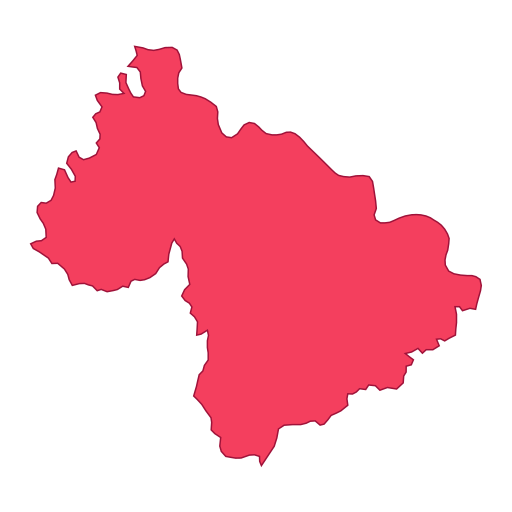 the district of Pinhal da Serra, Rio Grande do Sul, Brazil
{"feature_id": "56859067B60137678530591", "entity_name": "Pinhal da Serra", "entity_type": "district", "adm_level": 2, "iso_a3": "BRA", "parent_name": "Brazil", "parent_adm1": "Rio Grande do Sul", "projection": "robinson", "projection_center": [-51.231, -27.853], "detail": "fine", "context": "isolated", "style": "filled", "palette": "rose", "viewbox_px": 512, "rotation_deg": 0, "n_neighbors": 0, "source": "geoboundaries", "source_scale": "gbopen_adm2", "svg_char_len": 3664}
<svg xmlns="http://www.w3.org/2000/svg" viewBox="0 0 512 512"><path d="M181.9,68.0L180.4,59.7L179.3,54.5L177.1,50.1L172.2,47.4L165.1,47.6L159.1,49.4L153.7,50.4L148.0,49.7L143.0,47.9L134.7,46.4L136.1,50.9L137.2,55.4L133.2,60.4L128.0,66.3L132.8,67.0L136.9,67.5L140.3,72.0L140.9,78.6L142.4,85.9L145.6,91.4L143.9,95.7L139.8,97.7L133.4,96.9L130.8,93.1L128.8,89.1L125.9,82.6L126.3,74.5L120.7,73.1L117.9,77.1L119.7,82.9L119.7,89.1L124.0,93.4L117.9,94.6L112.4,94.4L107.0,93.1L100.5,92.6L95.4,95.2L97.3,100.4L102.0,106.9L99.9,111.9L95.7,113.8L92.8,117.3L96.1,122.6L97.4,128.4L100.1,134.2L99.9,138.9L96.3,143.0L99.3,147.7L96.3,154.5L89.3,158.1L83.5,159.7L79.1,157.2L76.1,150.9L72.1,152.5L68.4,156.8L66.7,163.3L71.4,169.3L75.3,176.3L75.1,181.2L71.0,182.1L68.0,177.6L64.5,169.8L58.5,168.1L56.7,174.6L54.9,179.6L55.3,188.1L53.6,195.4L51.1,200.3L46.2,203.2L41.2,202.5L37.6,206.3L37.1,212.5L40.2,218.9L43.3,223.3L45.8,229.2L46.2,237.4L41.4,240.7L36.3,241.2L30.7,243.8L33.3,248.5L39.2,251.8L48.4,258.1L51.9,263.5L57.7,263.3L64.4,269.0L67.8,274.4L69.2,279.7L72.3,285.4L79.3,283.6L84.5,283.4L88.5,284.9L92.5,285.9L97.2,290.7L101.2,289.4L107.1,291.7L113.5,290.5L117.4,289.5L122.7,286.2L128.3,287.4L131.0,281.2L134.7,279.4L140.1,280.4L144.6,279.7L149.9,277.6L155.7,273.6L159.5,267.6L163.9,264.0L168.0,261.8L168.8,254.2L170.6,247.5L171.8,243.0L174.3,238.9L176.7,243.2L180.2,246.5L182.1,251.3L182.5,258.1L186.6,264.1L188.3,269.0L188.1,276.6L189.8,284.4L184.6,289.7L181.7,296.0L185.1,300.5L189.4,303.2L191.9,307.0L190.3,313.1L194.5,316.8L197.5,321.8L197.1,329.4L196.7,335.1L201.1,334.1L207.4,330.2L208.5,335.4L207.4,340.7L207.4,347.6L208.2,352.8L208.2,360.0L204.4,365.4L202.9,370.9L199.2,374.7L197.7,381.0L196.5,386.4L193.7,396.0L197.1,399.3L201.8,404.4L205.9,410.8L211.0,417.7L211.7,422.4L211.2,429.9L214.8,433.6L220.7,437.5L219.8,446.1L221.3,451.4L225.8,456.4L230.7,457.3L235.6,458.1L241.1,458.0L249.4,455.1L254.5,454.8L259.5,456.4L259.7,461.4L261.4,465.6L274.2,446.3L276.8,438.0L278.5,428.9L284.1,425.2L292.4,424.6L300.6,424.6L306.2,423.2L310.3,421.2L315.2,420.9L320.1,425.1L324.1,424.1L328.0,419.6L331.1,415.4L336.3,413.1L340.9,410.8L347.8,405.2L346.9,398.8L347.8,393.8L352.5,394.0L356.3,392.0L359.6,388.7L365.7,389.5L368.7,385.0L375.4,385.7L379.9,390.2L387.4,387.5L396.6,389.0L403.2,382.9L403.7,376.0L406.1,372.1L406.2,366.2L411.3,364.8L413.4,359.8L409.1,356.6L405.3,353.5L411.6,352.0L418.0,348.4L422.4,353.2L426.2,349.7L432.9,349.7L439.2,345.8L436.5,339.2L440.6,338.8L444.7,340.9L449.2,338.2L455.4,335.1L455.8,329.0L456.5,322.7L456.5,314.3L455.0,306.7L459.5,306.7L462.5,310.7L469.9,308.3L475.6,309.3L476.8,303.8L478.4,298.0L480.5,290.7L481.3,285.5L480.0,279.4L475.9,276.7L471.9,275.6L467.2,275.6L460.6,275.1L453.9,273.8L448.7,271.1L445.3,265.1L445.0,260.0L446.0,254.8L447.7,250.2L448.7,243.7L449.1,238.5L447.5,234.0L444.7,229.2L441.3,225.2L437.6,222.3L433.9,220.1L430.4,217.8L426.0,216.0L420.9,214.9L416.4,214.6L411.6,214.8L405.2,216.0L399.2,218.1L394.3,220.4L389.8,222.3L384.9,222.9L380.4,222.9L375.6,219.9L374.1,214.9L376.3,208.5L375.6,201.0L374.4,193.1L373.6,187.8L372.5,181.4L369.2,176.6L363.0,175.6L355.9,175.9L349.7,177.1L343.6,176.6L338.6,175.4L335.2,173.1L332.0,170.1L319.8,158.0L310.7,149.2L307.3,145.9L303.8,141.6L299.6,137.2L295.0,133.7L290.5,132.1L286.3,132.3L281.5,134.2L276.6,134.9L272.1,134.9L266.1,133.6L261.8,130.2L258.8,127.0L254.5,123.5L249.2,122.5L244.1,124.9L241.2,128.6L237.5,133.9L231.6,137.7L226.3,136.9L221.8,132.9L218.3,124.6L217.4,118.5L217.8,111.9L216.3,106.5L210.8,102.2L205.2,98.7L201.0,97.0L196.4,95.7L191.9,95.1L186.2,94.4L181.0,92.4L178.4,88.9L177.7,83.5L177.7,78.1L178.8,72.8L181.9,68.0Z" fill="#f43f5e" stroke="#9f1239" stroke-width="1.5"/></svg>